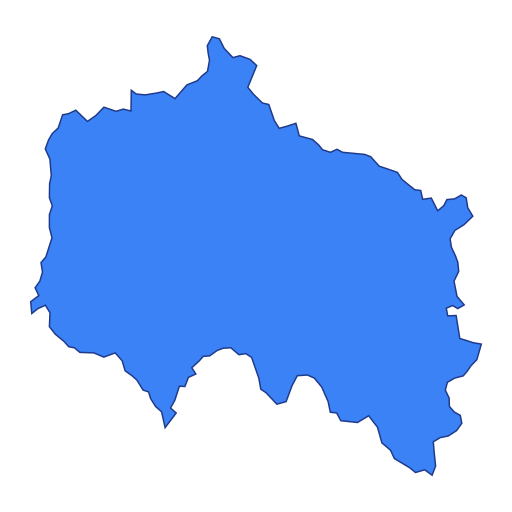 the district of Boqueirão do Leão, Rio Grande do Sul, Brazil
{"feature_id": "56859067B66927838665676", "entity_name": "Boqueirão do Leão", "entity_type": "district", "adm_level": 2, "iso_a3": "BRA", "parent_name": "Brazil", "parent_adm1": "Rio Grande do Sul", "projection": "equal_earth", "projection_center": [-52.406, -29.305], "detail": "fine", "context": "isolated", "style": "filled", "palette": "blue", "viewbox_px": 512, "rotation_deg": 0, "n_neighbors": 0, "source": "geoboundaries", "source_scale": "gbopen_adm2", "svg_char_len": 2318}
<svg xmlns="http://www.w3.org/2000/svg" viewBox="0 0 512 512"><path d="M95.9,115.5L87.4,121.4L75.8,110.2L68.5,113.7L62.6,114.8L58.2,128.0L52.2,133.6L48.5,140.1L45.3,148.9L49.9,159.1L51.3,175.8L49.6,183.6L49.4,197.7L52.3,205.9L49.4,214.6L49.4,227.7L52.0,237.7L45.9,256.9L41.0,262.6L42.5,272.1L39.9,281.0L35.1,287.8L38.8,295.6L30.7,301.7L31.8,313.5L37.9,308.6L45.4,305.2L50.0,312.8L49.4,326.7L55.4,334.3L64.0,341.4L68.7,346.7L74.4,347.8L79.9,352.4L93.9,352.9L103.8,357.1L115.2,352.9L122.2,360.8L125.1,370.8L132.0,375.7L136.9,380.1L143.1,390.1L148.6,391.9L150.6,398.5L155.6,406.5L161.6,411.8L165.1,427.6L176.2,413.0L170.5,408.0L174.8,400.3L179.4,386.2L184.9,386.5L188.4,377.4L195.8,374.0L191.8,367.7L199.3,360.8L203.3,356.3L209.6,355.9L217.1,350.5L223.3,348.2L230.9,347.8L238.9,354.7L245.8,353.6L251.6,357.4L258.8,378.1L260.8,389.2L265.9,392.6L276.9,404.2L286.1,401.6L292.1,385.5L297.3,375.7L307.4,375.0L314.3,378.1L321.7,387.0L328.1,401.5L330.3,412.2L336.7,413.0L340.8,420.7L357.5,422.5L368.7,415.7L373.3,421.8L377.5,427.2L381.9,442.9L390.5,450.2L394.4,458.6L399.6,461.7L409.8,467.8L415.5,472.5L424.7,469.8L432.1,475.2L435.6,466.0L434.2,452.6L433.3,441.8L440.2,437.6L448.2,436.0L456.6,430.6L461.8,423.3L460.3,415.4L454.0,411.8L449.4,406.4L449.1,398.0L445.3,390.1L447.4,382.3L454.6,378.1L463.2,375.9L467.3,371.1L471.0,365.7L476.8,359.7L479.3,351.2L481.3,344.1L473.2,342.7L465.5,340.2L459.8,338.5L456.1,315.5L447.7,315.9L446.3,308.2L452.6,305.5L457.8,308.6L464.2,304.9L457.0,296.4L454.0,281.1L458.7,271.4L457.8,262.3L455.5,256.0L451.4,247.2L450.1,238.8L454.9,230.4L464.1,224.6L472.8,216.2L467.7,207.7L466.2,197.8L461.3,195.0L454.7,198.8L446.9,199.6L443.8,205.7L437.7,210.8L431.3,198.1L422.7,199.3L420.7,190.5L414.7,189.7L408.3,184.6L402.0,179.4L397.4,172.4L386.5,168.6L379.2,166.2L370.7,156.7L364.6,154.4L342.5,152.3L337.0,149.3L330.4,152.3L322.6,149.8L318.6,144.9L312.6,139.5L299.3,135.9L295.9,123.3L286.7,126.3L279.2,128.3L274.3,120.5L268.8,104.5L262.4,103.0L253.6,94.4L247.8,87.3L256.7,65.6L250.1,59.4L240.0,55.7L232.9,57.6L224.2,48.4L219.4,38.8L212.2,36.8L207.3,45.7L208.1,52.7L209.5,60.3L207.5,71.4L201.8,76.0L197.4,80.7L186.9,84.9L175.0,98.6L163.6,91.5L157.4,92.9L145.1,94.9L136.2,94.0L131.3,90.3L131.0,111.0L123.3,109.1L116.1,111.3L103.9,107.2L95.9,115.5Z" fill="#3b82f6" stroke="#1e3a8a" stroke-width="1.5"/></svg>